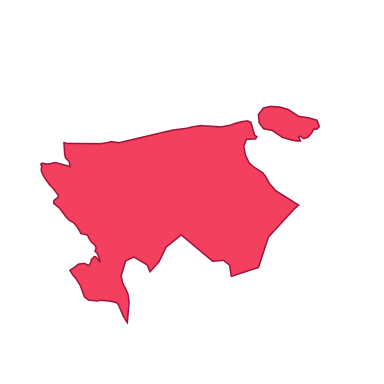 the border of Noord-Holland, rotated 67°
{"feature_id": "NLD-3486", "entity_name": "Noord-Holland", "entity_type": "Province", "adm_level": 1, "iso_a3": "NLD", "parent_name": "Netherlands", "parent_adm1": "", "projection": "natural_earth1", "projection_center": [4.92, 52.678], "detail": "fine", "context": "isolated", "style": "filled", "palette": "rose", "viewbox_px": 384, "rotation_deg": 67, "n_neighbors": 0, "source": "natural_earth", "source_scale": "10m", "svg_char_len": 2003}
<svg xmlns="http://www.w3.org/2000/svg" viewBox="0 0 384 384"><g transform="rotate(67 192 192)"><path d="M98.6,287.7L111.9,257.1L113.8,249.2L113.8,247.1L118.1,239.9L127.5,185.4L131.4,171.5L132.0,167.3L134.1,158.5L143.4,139.9L145.5,130.7L145.7,125.5L146.6,118.8L148.3,113.0L150.8,110.6L164.2,112.2L166.4,110.6L168.0,112.7L164.8,121.2L169.9,126.4L178.8,128.4L187.4,128.0L192.4,125.8L201.7,119.5L206.2,118.2L214.9,117.3L223.5,114.4L245.7,99.0L245.7,99.3L246.2,100.1L247.0,102.9L247.3,103.9L263.3,139.2L287.4,160.3L287.4,160.6L285.0,188.7L274.0,186.0L267.3,189.6L263.8,200.0L227.3,218.7L232.6,237.3L243.3,249.6L249.0,261.8L241.5,261.8L229.1,270.9L229.5,280.0L241.5,290.0L248.3,291.4L256.5,290.9L261.1,290.9L268.5,292.8L287.1,302.6L286.8,302.7L279.4,303.7L267.1,303.8L265.4,304.3L264.4,304.7L260.4,310.0L255.9,318.7L255.2,322.0L254.0,324.1L252.4,327.1L250.9,329.6L246.5,332.0L234.3,331.4L226.0,332.7L222.1,334.1L216.4,335.0L215.3,329.1L214.0,324.8L215.6,319.1L219.3,315.6L218.2,313.8L217.6,313.2L217.2,312.7L216.7,312.2L215.9,311.6L215.3,311.4L214.8,311.0L214.5,310.3L214.2,309.3L213.9,308.4L213.2,307.2L214.2,305.9L220.9,303.8L212.0,303.1L208.5,304.4L207.5,303.1L206.4,302.5L205.1,302.0L203.5,302.0L198.0,304.4L193.8,305.0L191.8,304.9L190.8,305.3L190.1,305.8L187.0,310.4L178.3,311.4L173.5,313.3L170.2,316.0L165.7,317.7L155.5,320.1L148.6,323.7L146.3,322.8L145.5,321.5L144.6,317.4L144.0,316.9L142.9,316.3L133.9,318.6L129.3,320.4L119.9,322.4L114.5,322.5L113.0,322.2L111.9,321.8L109.8,320.2L107.3,320.3L107.0,318.3L109.8,314.6L110.8,310.8L111.0,308.2L111.3,306.9L111.6,306.2L120.9,294.2L115.9,293.2L111.4,295.1L107.4,294.4L106.2,294.0L96.6,290.6L98.6,287.7ZM182.9,70.4L182.9,72.2L187.4,72.2L185.9,75.8L183.0,80.2L177.0,87.5L166.7,94.0L161.8,101.4L154.4,103.1L146.7,100.6L142.6,93.5L143.9,86.2L148.2,77.9L153.7,71.1L164.0,64.3L169.1,55.9L174.6,49.0L181.5,49.2L182.3,50.9L182.8,52.3L182.7,53.6L181.5,55.0L184.5,58.9L186.8,63.8L186.7,68.2L182.9,70.4Z" fill="#f43f5e" stroke="#9f1239" stroke-width="1.5"/></g></svg>